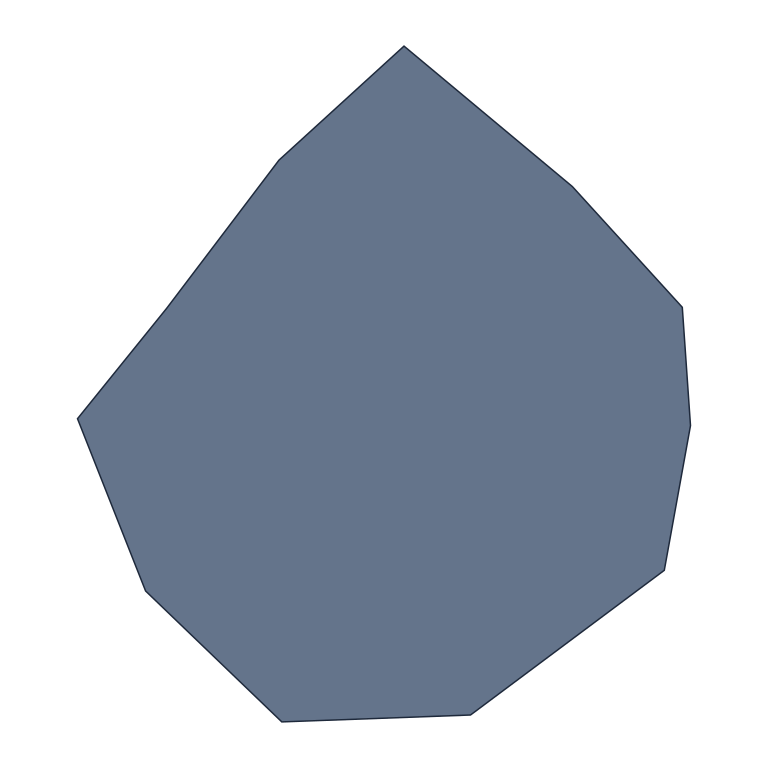 the Municipality of Naftalan
{"feature_id": "AZE-5561", "entity_name": "Naftalan", "entity_type": "Municipality", "adm_level": 1, "iso_a3": "AZE", "parent_name": "Azerbaijan", "parent_adm1": "", "projection": "orthographic", "projection_center": [46.827, 40.508], "detail": "fine", "context": "isolated", "style": "filled", "palette": "slate", "viewbox_px": 768, "rotation_deg": 0, "n_neighbors": 0, "source": "natural_earth", "source_scale": "10m", "svg_char_len": 273}
<svg xmlns="http://www.w3.org/2000/svg" viewBox="0 0 768 768"><path d="M404.0,46.1L572.4,186.6L682.3,307.3L690.5,425.6L664.3,570.3L470.5,715.0L281.8,721.9L145.6,591.0L77.5,418.7L166.6,308.4L279.0,160.1L404.0,46.1Z" fill="#64748b" stroke="#1e293b" stroke-width="1.5"/></svg>